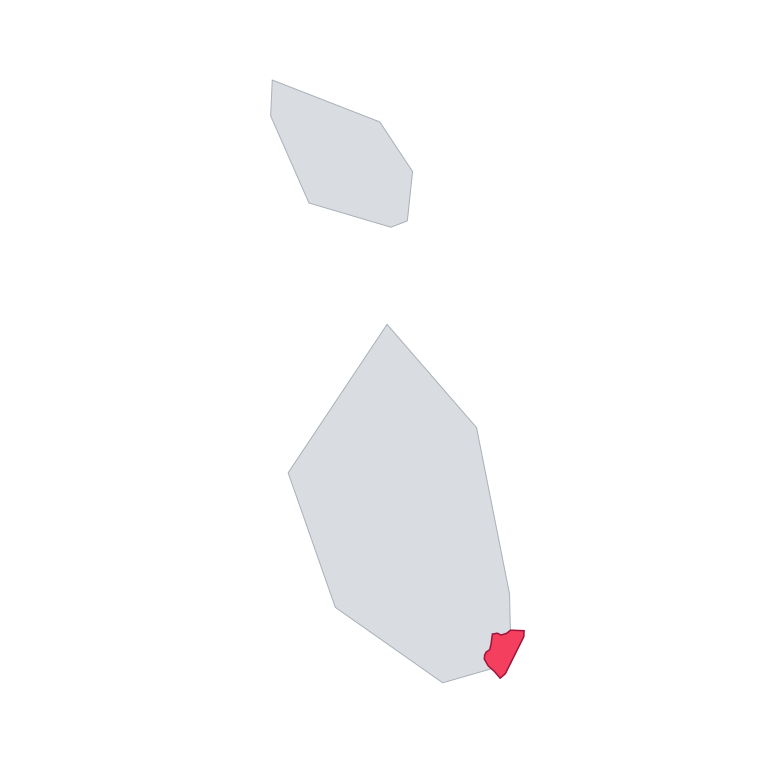 Marsaskala on a map of Malta (Albers equal-area conic projection), rotated 34°
{"feature_id": "MLT-5962", "entity_name": "Marsaskala", "entity_type": "state/province", "adm_level": 1, "iso_a3": "MLT", "parent_name": "Malta", "parent_adm1": "", "projection": "albers", "projection_center": [14.553, 35.857], "detail": "fine", "context": "in_parent", "style": "filled", "palette": "rose", "viewbox_px": 768, "rotation_deg": 34, "n_neighbors": 0, "source": "natural_earth", "source_scale": "10m", "svg_char_len": 629}
<svg xmlns="http://www.w3.org/2000/svg" viewBox="0 0 768 768"><g transform="rotate(34 384 384)"><path d="M645.4,544.3L599.7,598.9L468.6,596.4L354.2,511.2L353.2,332.9L485.1,368.4L605.6,488.0L645.4,544.3ZM302.0,250.2L220.6,275.9L140.1,225.1L121.4,194.5L234.0,169.1L288.9,191.9L312.1,235.7L302.0,250.2Z" fill="#d9dde1" stroke="#a8b0b8" stroke-width="1"/><path d="M638.1,510.2L641.2,515.3L646.6,556.3L644.8,562.9L635.9,560.5L628.2,559.5L621.0,556.0L619.0,552.5L618.6,549.1L620.2,545.1L618.1,539.6L613.7,530.7L617.3,527.2L621.4,526.7L625.0,522.2L626.6,517.3L638.1,510.2Z" fill="#f43f5e" stroke="#9f1239" stroke-width="1.5"/></g></svg>